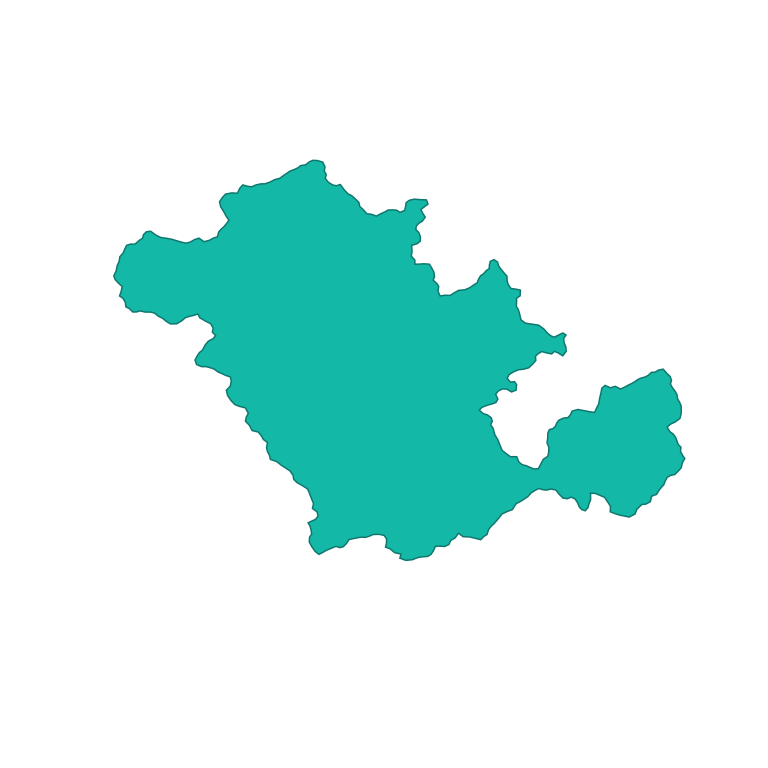 Muriaé, Minas Gerais, Brazil, rotated 126°
{"feature_id": "56859067B59744143145947", "entity_name": "Muriaé", "entity_type": "district", "adm_level": 2, "iso_a3": "BRA", "parent_name": "Brazil", "parent_adm1": "Minas Gerais", "projection": "robinson", "projection_center": [-42.437, -21.086], "detail": "fine", "context": "isolated", "style": "filled", "palette": "teal", "viewbox_px": 768, "rotation_deg": 126, "n_neighbors": 0, "source": "geoboundaries", "source_scale": "gbopen_adm2", "svg_char_len": 6027}
<svg xmlns="http://www.w3.org/2000/svg" viewBox="0 0 768 768"><g transform="rotate(126 384 384)"><path d="M478.4,547.1L477.2,541.8L474.5,538.1L473.1,534.5L471.8,530.5L471.8,525.2L470.9,521.5L470.0,516.7L468.6,512.6L471.3,509.3L476.3,507.1L481.7,507.9L485.2,503.8L487.3,498.2L488.3,492.6L487.1,487.9L484.8,482.1L487.5,476.5L491.6,476.0L495.5,474.3L496.6,468.4L499.2,463.4L496.8,457.5L498.0,452.8L499.8,448.9L499.8,443.9L504.6,441.6L507.4,438.2L509.0,434.7L511.8,431.6L509.8,425.2L510.1,419.4L509.8,414.2L509.6,408.8L511.4,403.8L514.2,401.0L514.9,396.5L514.2,390.7L513.8,384.1L516.2,380.2L519.2,375.5L522.2,370.7L526.8,368.7L526.7,363.0L529.8,359.7L533.9,359.9L537.2,361.8L540.9,363.8L542.5,360.3L545.1,357.0L548.0,354.3L551.6,354.2L555.7,351.7L558.1,346.7L559.9,341.4L560.1,336.5L556.2,334.5L552.5,332.9L548.1,330.2L543.6,327.4L542.3,323.5L539.5,321.3L535.2,320.6L530.2,320.8L527.3,318.1L524.1,315.2L521.3,312.4L519.0,308.9L516.0,306.6L512.2,304.4L508.5,299.6L506.4,294.9L507.8,291.0L511.0,288.6L515.1,286.9L513.8,282.6L514.2,276.2L511.6,270.2L515.6,268.8L513.8,262.6L509.4,257.7L506.3,255.8L503.6,253.8L500.7,250.7L497.7,247.2L494.1,245.8L489.6,246.0L485.2,247.0L482.8,244.2L479.8,239.4L475.8,237.2L471.2,238.0L466.7,236.0L461.0,236.1L461.0,230.2L457.4,224.8L455.2,219.5L453.1,214.2L448.9,213.7L445.2,212.2L440.5,213.8L436.1,213.7L432.1,212.9L425.7,212.3L419.7,212.1L414.5,209.2L410.1,206.3L406.4,206.6L403.0,206.7L398.7,204.5L394.6,202.9L390.3,201.4L385.9,201.0L381.8,199.5L377.5,197.3L376.3,193.7L374.3,190.1L370.9,187.3L368.7,182.7L370.2,177.7L371.1,172.0L368.9,168.1L365.6,166.2L364.7,161.7L366.5,157.2L368.5,154.1L369.4,150.4L368.3,146.7L364.0,146.3L360.6,147.7L356.2,148.8L351.0,152.7L348.3,148.7L347.3,144.4L346.0,138.9L348.3,132.8L349.8,128.9L354.4,125.9L353.1,120.9L351.4,115.9L349.6,112.1L347.6,107.5L341.7,104.5L336.9,105.7L333.2,105.2L329.8,104.5L327.2,101.5L322.7,99.4L317.4,101.5L313.1,98.6L308.3,99.0L304.2,98.8L301.0,98.4L297.6,99.4L293.0,100.0L289.4,98.4L286.4,95.6L281.9,94.8L277.1,94.3L272.1,96.4L267.5,96.8L266.3,100.4L264.3,104.5L260.6,106.6L260.0,110.4L257.5,114.1L255.6,117.1L254.5,120.8L254.5,124.7L252.5,129.7L248.1,128.6L243.7,126.2L238.0,124.3L233.7,126.0L230.3,128.2L226.9,130.9L225.0,134.2L223.5,137.7L220.5,140.6L218.8,144.1L217.5,148.4L215.7,152.3L212.1,153.5L209.7,157.0L209.1,161.5L207.9,166.9L211.5,170.2L215.1,171.6L217.4,174.5L221.4,175.2L224.8,176.8L228.3,179.7L231.7,181.5L234.9,182.5L238.3,184.1L242.1,186.1L245.5,187.7L249.0,189.7L250.0,195.6L254.0,198.6L255.2,204.3L259.3,205.3L263.6,203.3L269.1,201.0L273.9,198.6L278.6,197.9L283.2,196.9L285.6,201.4L287.8,206.1L290.6,212.1L295.3,215.9L299.5,215.1L302.9,215.4L306.3,218.9L310.6,221.3L314.1,221.3L317.7,220.5L320.9,221.1L323.6,223.4L327.2,222.7L332.0,219.5L335.7,217.6L338.3,213.4L342.6,210.6L346.2,209.0L351.3,210.9L357.2,210.0L361.9,209.4L364.7,212.9L365.6,216.8L366.5,221.0L368.1,224.7L367.8,229.0L364.8,233.9L368.5,239.0L368.5,244.1L368.3,249.3L365.6,253.8L362.3,258.9L359.9,264.5L355.8,269.6L354.2,273.9L350.6,274.4L348.3,277.4L348.2,282.0L349.6,286.3L349.2,291.5L345.5,291.1L342.4,289.2L339.6,287.3L336.5,284.8L333.2,282.6L329.3,283.0L326.6,287.7L322.0,287.3L318.1,285.0L315.9,281.4L315.5,276.2L311.3,273.5L306.5,276.4L305.4,279.9L308.2,283.0L307.0,287.7L303.0,288.3L298.3,286.5L293.5,283.6L290.1,279.9L285.8,276.4L280.5,275.4L275.7,275.0L272.7,277.7L269.1,277.2L265.0,275.4L263.2,270.5L261.1,266.0L257.4,265.3L256.5,261.4L256.1,255.9L250.5,255.8L247.1,258.7L244.7,262.6L241.4,265.5L237.4,265.5L237.6,269.3L242.1,271.7L246.2,273.9L247.0,277.7L246.7,281.9L245.5,287.1L245.5,293.5L247.8,297.9L249.9,301.9L251.7,305.6L251.5,311.0L247.9,315.1L244.9,319.0L243.3,322.7L239.9,324.8L236.7,327.2L232.7,325.7L227.9,328.8L229.6,332.7L232.1,337.5L230.4,342.2L227.7,345.5L224.5,347.9L223.7,351.8L222.5,356.3L221.1,360.7L218.6,363.8L218.7,368.1L222.3,370.1L225.7,368.7L228.9,366.7L232.1,367.9L236.3,368.3L239.7,369.5L243.7,369.1L247.4,368.1L250.8,369.5L255.6,371.2L260.3,374.0L264.3,378.6L268.9,380.8L273.4,382.5L276.3,386.8L279.8,390.3L277.2,394.9L272.9,397.1L271.6,400.6L271.1,405.3L267.6,406.1L264.2,409.4L261.8,414.2L260.4,417.7L263.3,422.4L266.5,426.2L268.9,429.4L265.6,431.9L264.5,437.1L260.3,439.2L255.6,443.1L250.8,439.5L247.0,438.6L243.4,441.2L241.0,444.9L240.3,449.1L237.1,450.7L233.5,450.3L229.8,448.7L224.8,448.7L223.0,453.2L221.1,456.8L217.1,455.5L212.6,454.2L210.1,457.9L213.6,463.1L216.7,468.2L220.5,471.5L224.2,472.7L227.6,470.9L231.4,469.3L235.7,471.9L236.0,476.0L238.0,479.3L240.9,483.0L244.6,484.6L248.5,486.9L252.6,488.8L254.2,494.2L256.3,497.8L255.2,503.3L254.6,508.0L251.8,511.1L251.0,516.9L250.6,520.8L251.3,524.8L250.4,530.0L248.3,536.6L251.6,539.1L253.1,542.4L253.5,547.6L252.2,552.3L248.4,553.9L246.9,557.4L243.0,559.4L240.5,564.0L242.3,569.1L244.8,573.0L248.0,574.9L252.8,576.3L256.3,579.8L259.7,580.7L262.8,582.4L267.2,585.3L271.3,586.7L274.6,587.9L278.8,589.2L282.8,592.5L287.8,595.0L291.9,597.9L294.6,601.4L298.5,604.8L302.4,607.1L304.2,610.6L306.0,615.3L310.6,615.7L315.8,614.7L318.9,619.5L323.5,623.8L328.0,624.4L333.2,624.2L336.6,620.3L338.8,614.9L340.9,610.6L342.7,605.7L346.7,605.7L350.5,605.9L354.7,606.8L358.3,607.1L362.8,605.3L366.6,608.0L370.5,609.8L374.7,613.3L374.7,619.3L378.4,622.1L382.9,624.1L386.4,626.9L388.2,631.0L390.1,636.3L391.7,640.9L393.7,645.1L396.7,650.7L397.6,656.0L397.6,662.6L400.5,665.7L404.7,666.4L407.9,664.9L411.5,666.4L417.3,667.7L419.7,671.2L423.1,673.7L426.9,673.1L431.2,672.1L436.4,672.5L440.3,670.4L445.2,669.4L449.8,667.2L455.4,666.1L457.5,663.0L458.5,658.3L459.0,653.2L463.5,651.1L468.2,649.7L468.1,645.6L470.0,641.2L473.3,638.2L472.7,634.2L473.4,629.5L471.1,626.5L468.3,624.4L466.3,619.7L462.9,614.9L461.5,611.3L461.8,606.5L461.0,601.6L461.3,596.8L460.9,592.1L457.2,587.1L451.5,584.7L447.1,583.7L443.7,581.2L440.3,578.3L436.8,575.7L438.7,571.8L438.3,567.9L437.8,563.6L437.1,559.7L439.2,555.1L443.0,553.3L443.7,548.8L447.5,548.8L452.6,551.3L457.6,551.6L463.3,550.8L467.0,551.8L470.4,551.7L475.7,551.0L478.4,547.1Z" fill="#14b8a6" stroke="#0f766e" stroke-width="1.5"/></g></svg>